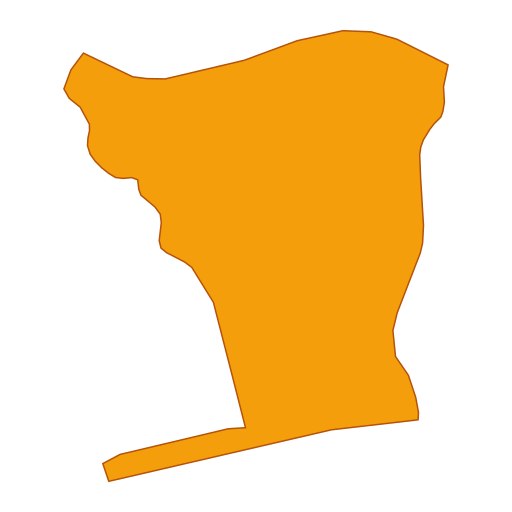 Mono, Albers equal-area conic projection
{"feature_id": "BEN-2180", "entity_name": "Mono", "entity_type": "Department", "adm_level": 1, "iso_a3": "BEN", "parent_name": "Benin", "parent_adm1": "", "projection": "albers", "projection_center": [1.785, 6.48], "detail": "fine", "context": "isolated", "style": "filled", "palette": "amber", "viewbox_px": 512, "rotation_deg": 0, "n_neighbors": 0, "source": "natural_earth", "source_scale": "10m", "svg_char_len": 909}
<svg xmlns="http://www.w3.org/2000/svg" viewBox="0 0 512 512"><path d="M123.3,178.4L115.5,177.5L108.9,173.5L101.8,167.9L95.2,161.2L90.2,154.3L87.5,145.6L88.0,137.8L89.5,130.7L89.4,124.2L80.2,107.2L69.3,98.4L63.9,88.9L70.9,69.9L83.4,53.1L86.9,54.8L132.7,76.8L146.9,78.6L165.3,78.9L244.2,60.3L297.2,40.7L342.9,30.7L371.0,31.8L396.9,39.2L448.1,64.9L443.5,86.8L444.4,102.2L442.9,111.3L440.9,117.0L434.0,123.9L429.7,129.5L423.4,139.8L420.8,147.0L419.7,154.8L420.6,177.7L423.5,225.5L422.6,242.9L420.3,253.0L415.6,265.1L397.2,312.8L392.9,330.5L395.5,356.5L408.4,375.3L415.7,397.3L418.5,412.5L418.1,419.8L331.4,429.8L108.8,481.3L102.8,463.6L120.1,454.4L228.1,428.8L245.5,427.7L229.7,365.7L213.4,302.3L191.8,267.4L184.6,262.0L166.5,252.6L161.0,248.1L159.2,240.7L161.3,222.6L160.2,214.1L154.9,206.9L141.0,195.3L138.8,189.4L137.7,179.8L131.6,177.6L123.3,178.4Z" fill="#f59e0b" stroke="#b45309" stroke-width="1.5"/></svg>